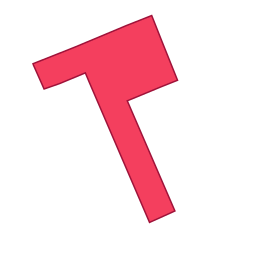 outline of Ford, Illinois, United States of America, rotated 158°
{"feature_id": "52423323B6455374586725", "entity_name": "Ford", "entity_type": "district", "adm_level": 2, "iso_a3": "USA", "parent_name": "United States of America", "parent_adm1": "Illinois", "projection": "orthographic", "projection_center": [-88.209, 40.698], "detail": "fine", "context": "isolated", "style": "filled", "palette": "rose", "viewbox_px": 256, "rotation_deg": 158, "n_neighbors": 0, "source": "geoboundaries", "source_scale": "gbopen_adm2", "svg_char_len": 355}
<svg xmlns="http://www.w3.org/2000/svg" viewBox="0 0 256 256"><g transform="rotate(158 128 128)"><path d="M64.2,153.7L64.1,195.5L63.9,223.4L91.3,223.6L147.1,222.9L192.0,223.2L192.1,221.7L191.2,195.6L174.5,194.8L146.9,195.1L146.8,185.8L143.4,32.4L115.6,33.5L118.5,153.5L81.7,153.8L64.2,153.7Z" fill="#f43f5e" stroke="#9f1239" stroke-width="1.5"/></g></svg>